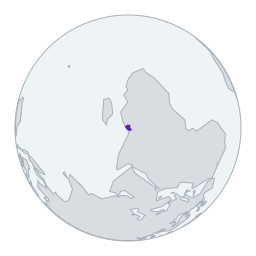 Pwani highlighted on a globe, orthographic projection, rotated 162°
{"feature_id": "TZA-3382", "entity_name": "Pwani", "entity_type": "Region", "adm_level": 1, "iso_a3": "TZA", "parent_name": "United Republic of Tanzania", "parent_adm1": "", "projection": "orthographic", "projection_center": [38.969, -7.175], "detail": "fine", "context": "on_globe", "style": "filled", "palette": "violet", "viewbox_px": 256, "rotation_deg": 162, "n_neighbors": 0, "source": "natural_earth", "source_scale": "10m", "svg_char_len": 7107}
<svg xmlns="http://www.w3.org/2000/svg" viewBox="0 0 256 256"><g transform="rotate(162 128 128)"><circle cx="128" cy="128" r="113" fill="#eef3f6" stroke="#a8b0b8"/><path d="M15.5,122.1L15.4,124.4L15.4,127.5L15.5,127.9L15.5,129.8L17.6,130.9L20.1,134.8L21.0,141.7L20.8,150.3L25.1,167.5L26.0,174.3L29.2,181.2L35.2,191.7L35.2,191.8L30.8,184.9L26.9,177.7L23.6,170.2L20.8,162.5L18.5,154.6L16.9,146.6L15.8,138.5L15.4,130.3L15.5,122.1ZM58.9,216.9L57.9,216.1L58.4,216.5L59.7,217.6L58.9,216.9ZM214.8,56.2L214.8,56.3L212.4,53.4L213.7,55.3L216.1,58.1L216.8,58.8L219.0,62.1L223.1,67.8L226.4,73.6L229.2,81.8L227.6,83.1L228.1,85.0L226.1,82.1L225.5,85.0L231.2,97.5L231.8,100.7L229.9,105.7L229.4,103.1L224.0,95.5L224.5,103.2L228.8,111.1L230.3,119.6L227.7,116.1L226.0,108.7L224.0,105.7L223.4,98.9L219.6,88.4L216.9,89.4L216.0,85.5L210.3,76.8L205.9,78.3L199.6,87.2L200.5,97.4L197.6,101.6L189.4,86.1L186.1,76.4L183.0,77.0L174.8,68.7L160.1,67.4L158.2,65.1L155.4,66.0L149.6,63.6L146.8,59.9L143.3,60.1L150.8,70.0L154.7,69.9L158.2,66.3L159.5,69.9L165.1,73.4L158.2,82.0L136.7,89.9L134.9,82.3L120.5,63.1L121.1,61.0L121.1,60.8L120.9,60.3L119.2,63.7L116.9,60.3L124.2,73.1L125.2,79.0L136.3,90.3L135.2,91.5L138.9,94.0L151.2,91.3L151.2,93.8L145.1,105.9L128.5,123.1L130.9,135.1L130.1,145.5L120.3,152.6L121.7,160.9L116.7,163.9L116.8,168.7L113.1,173.9L106.7,179.0L95.2,179.8L94.0,175.5L87.6,167.4L78.5,148.1L80.9,138.9L79.6,132.1L71.4,118.0L73.2,109.7L71.1,106.6L66.7,107.9L64.4,104.3L61.7,104.5L45.9,109.9L41.5,105.8L37.1,92.1L40.2,85.6L41.4,79.0L63.5,54.6L67.4,55.0L84.0,50.5L85.9,51.0L83.1,55.6L94.9,60.2L99.7,56.1L111.1,58.8L119.3,58.5L123.6,50.0L110.3,50.2L108.7,46.4L120.0,42.8L131.8,43.4L131.6,42.0L124.8,38.7L128.2,36.4L122.6,37.5L124.3,38.9L120.9,39.8L119.0,38.7L120.3,37.8L116.9,37.3L111.8,42.2L113.0,44.2L103.8,45.5L105.0,49.0L102.3,50.8L99.2,45.7L100.0,43.7L93.7,39.1L92.1,41.2L97.9,45.8L95.7,45.6L93.5,49.0L93.5,46.2L87.6,41.2L79.8,43.3L68.6,52.8L64.3,54.2L61.2,53.4L66.5,44.9L75.6,42.6L77.5,40.1L76.8,37.3L79.6,37.1L80.4,35.8L83.9,35.1L89.9,31.7L93.7,31.0L97.0,27.6L99.4,26.9L96.7,29.0L96.9,30.3L106.3,29.4L108.5,28.6L109.9,26.6L112.3,26.8L112.5,25.1L118.4,24.3L111.3,24.0L112.8,22.2L116.9,20.9L116.1,20.4L109.4,22.6L107.9,23.7L108.6,24.5L103.4,28.0L99.9,28.9L100.6,25.5L95.8,26.5L98.4,23.9L114.8,18.5L121.2,17.8L129.6,19.4L127.5,20.2L123.5,19.9L126.3,21.5L126.5,20.7L128.5,21.1L130.5,19.9L132.0,20.2L131.2,18.8L133.3,19.0L133.7,19.9L138.3,18.9L142.9,19.3L143.2,19.0L142.3,18.6L148.7,19.7L146.5,19.0L145.0,18.3L144.9,17.6L147.1,18.0L147.5,18.3L151.6,19.8L152.2,20.9L153.1,21.0L153.1,20.3L148.1,18.3L147.4,17.8L150.1,18.6L149.1,18.3L149.4,18.2L151.8,18.6L149.0,17.8L149.6,17.5L158.0,19.4L166.2,22.0L174.1,25.2L181.8,29.1L189.2,33.4L196.2,38.4L202.9,43.8L209.1,49.8L214.8,56.2ZM55.1,65.8L54.3,67.7L55.1,65.8ZM143.9,48.9L151.2,49.6L148.5,44.5L151.1,44.5L149.3,43.0L148.3,44.2L143.9,40.1L147.3,39.0L146.7,37.1L144.2,36.8L138.8,39.6L145.0,45.3L143.1,47.1L143.9,48.9ZM81.3,30.8L82.1,31.1L80.2,32.6L75.5,34.4L78.2,32.2L81.3,30.8ZM83.8,31.4L85.8,28.1L88.8,27.1L86.8,28.2L88.6,27.9L85.8,29.5L86.7,32.3L85.1,33.8L77.2,35.8L80.7,34.1L79.6,33.7L83.8,31.4ZM85.5,24.2L86.4,23.6L91.8,22.2L90.4,23.0L85.5,24.6L84.4,24.7L85.5,24.2ZM104.9,17.7L104.9,17.8L103.1,18.1L102.0,18.4L99.3,19.1L97.8,19.5L97.3,19.6L95.5,20.3L95.6,20.1L93.4,20.8L94.4,20.6L87.3,23.0L96.0,20.0L104.9,17.7ZM88.6,49.1L90.2,49.1L92.8,48.7L91.4,51.0L88.6,49.1ZM84.4,45.6L85.9,45.2L85.3,47.9L83.6,48.0L84.4,45.6ZM87.3,42.8L86.1,45.0L85.8,43.9L87.3,42.8ZM98.2,28.6L99.9,28.2L99.8,28.7L98.6,29.4L98.2,28.6ZM118.4,16.2L117.5,16.2L118.2,16.1L118.3,15.8L120.7,15.7L121.5,15.7L118.4,16.2ZM121.0,51.4L118.3,53.1L117.2,52.3L118.4,51.9L121.0,51.4ZM103.9,51.8L107.6,52.7L103.5,52.4L103.9,51.8ZM121.1,16.0L120.9,15.9L122.2,15.9L121.1,16.0ZM122.5,15.6L124.1,15.5L121.0,15.6L122.5,15.6ZM165.2,203.8L165.9,205.5L164.1,205.4L165.2,203.8ZM149.7,144.1L142.4,162.5L137.0,162.5L135.8,157.0L138.3,145.8L144.6,142.7L147.6,137.8L149.7,144.1ZM237.4,144.1L237.8,145.4L237.7,145.9L237.4,144.1ZM237.0,141.6L237.7,142.5L236.7,142.6L237.0,141.6ZM237.9,142.9L238.6,142.8L238.9,142.3L238.7,143.3L237.9,142.9ZM236.5,141.1L232.4,138.2L230.5,135.7L231.2,134.0L234.3,136.2L236.5,141.1ZM231.0,133.9L227.7,127.0L221.3,109.6L223.7,110.5L230.0,121.8L229.6,123.3L231.6,128.5L231.0,133.9ZM238.0,127.9L237.6,132.7L235.6,130.7L234.5,129.2L233.8,122.4L234.2,119.4L235.2,120.1L237.4,111.7L238.5,115.1L238.1,118.9L238.9,123.8L238.0,127.9ZM201.1,98.5L203.9,105.1L202.1,105.9L201.1,98.5ZM237.3,105.3L237.1,108.9L236.9,103.7L237.3,105.3ZM236.5,100.2L237.1,102.5L236.3,99.9L236.5,100.2ZM229.1,88.0L228.2,87.9L227.6,86.3L228.5,85.5L229.1,88.0ZM229.0,78.6L230.9,82.9L231.4,84.3L230.0,81.3L229.0,78.6ZM141.1,16.5L138.2,16.8L137.7,17.4L139.8,18.1L135.5,17.5L136.3,16.5L141.1,16.5ZM132.0,15.5L130.9,15.5L129.9,15.5L132.0,15.5ZM222.9,188.7L224.0,186.9L218.5,190.0L218.4,188.0L220.8,184.9L225.4,173.8L225.7,174.3L228.4,167.3L233.0,163.8L237.0,154.7L236.8,157.0L237.5,154.5L234.9,163.5L231.6,172.2L227.6,180.7L222.9,188.7ZM238.3,146.5L239.3,143.7L239.4,143.9L238.3,146.5ZM240.4,133.6L240.3,134.9L240.3,133.5L240.4,133.6ZM240.4,135.2L240.4,134.4L240.5,133.3L240.4,134.6L240.4,135.2ZM239.3,125.4L239.5,128.8L240.1,127.8L239.6,129.9L239.7,135.7L239.4,137.4L239.4,131.2L238.9,136.7L238.6,136.1L238.7,131.0L239.2,125.5L239.5,123.5L240.4,124.3L239.3,125.4ZM240.6,129.5L240.6,125.6L240.5,123.5L240.6,125.7L240.6,129.5ZM239.9,116.3L239.1,111.5L238.9,112.3L238.8,108.2L239.7,113.4L239.9,116.3ZM238.4,106.9L238.3,107.6L238.1,105.1L238.4,106.9ZM238.0,106.1L237.4,103.3L237.8,104.2L238.0,106.1ZM238.6,107.3L237.7,102.8L238.4,105.8L238.6,107.3ZM235.8,97.1L237.6,102.6L236.2,99.3L233.7,90.6L234.1,91.0L235.8,97.1Z" fill="#d9dde1" stroke="#a8b0b8" stroke-width="1"/><path d="M128.9,128.0L128.8,128.3L128.7,128.3L128.8,128.3L128.7,128.4L128.7,128.5L128.6,128.8L128.6,129.0L128.6,129.3L128.7,129.2L128.8,129.1L128.7,129.2L128.8,129.2L128.9,129.3L128.9,129.5L129.0,129.6L128.9,129.6L128.9,129.8L128.8,130.0L128.7,130.0L128.4,130.2L128.0,130.3L127.8,130.3L127.7,130.4L127.4,130.4L127.4,130.5L127.2,130.6L127.1,130.3L127.0,130.2L126.9,130.1L126.7,130.0L126.6,129.9L126.3,129.9L126.1,129.8L126.0,129.7L125.7,129.5L125.8,129.4L125.8,129.2L125.9,128.9L126.0,128.8L126.3,128.8L126.5,128.7L126.8,128.7L126.7,128.3L126.7,128.1L126.8,128.1L127.0,128.0L127.0,127.9L127.1,127.7L126.9,127.6L126.7,127.5L126.7,127.4L126.7,127.2L126.3,127.0L126.2,127.0L126.1,126.9L126.2,126.6L126.2,126.3L126.2,126.2L126.0,125.9L125.9,125.8L125.9,125.7L125.7,125.5L126.0,125.4L126.3,125.4L126.5,125.5L126.8,125.7L127.0,125.7L127.3,125.7L127.5,125.6L127.6,125.8L127.7,126.0L127.8,126.0L127.8,126.3L127.8,126.5L128.0,126.6L128.3,126.8L128.2,126.9L128.2,127.0L128.2,127.3L128.3,127.5L128.2,127.5L128.2,127.8L128.3,127.7L128.5,127.6L128.8,127.6L128.9,128.0L128.9,128.0ZM129.8,128.9L129.8,129.0L129.7,129.3L129.7,129.5L129.6,129.4L129.5,129.5L129.4,129.6L129.2,129.5L129.3,129.5L129.4,129.4L129.5,129.3L129.5,129.2L129.8,129.0L129.8,128.9L129.8,128.9ZM129.5,129.6L129.5,129.8L129.4,129.8L129.4,129.7L129.5,129.7L129.5,129.6Z" fill="#8b5cf6" stroke="#5b21b6" stroke-width="1.5"/></g></svg>